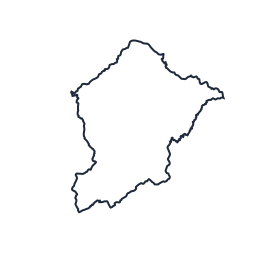 Chiang Muan, Phayao, Thailand, rotated 137°
{"feature_id": "78962969B85526805551383", "entity_name": "Chiang Muan", "entity_type": "district", "adm_level": 2, "iso_a3": "THA", "parent_name": "Thailand", "parent_adm1": "Phayao", "projection": "mercator", "projection_center": [100.288, 18.938], "detail": "fine", "context": "isolated", "style": "outline", "palette": "slate", "viewbox_px": 256, "rotation_deg": 137, "n_neighbors": 0, "source": "geoboundaries", "source_scale": "gbopen_adm2", "svg_char_len": 5706}
<svg xmlns="http://www.w3.org/2000/svg" viewBox="0 0 256 256"><g transform="rotate(137 128 128)"><path d="M219.5,104.3L219.7,102.7L220.7,101.9L221.1,100.4L221.2,99.8L220.8,99.5L217.2,98.7L215.7,97.9L213.8,97.2L212.1,96.4L210.2,96.1L209.6,96.3L209.4,96.5L209.1,96.5L208.8,96.2L208.4,96.4L208.0,96.2L206.9,96.5L206.4,95.9L205.9,95.7L205.5,95.7L204.6,96.4L203.3,96.2L202.2,96.3L201.5,96.0L200.2,96.1L199.4,95.5L199.3,94.8L198.1,94.0L198.2,93.8L198.6,93.7L198.4,93.2L198.7,92.8L199.0,92.8L198.0,91.8L196.7,91.0L195.4,90.5L194.8,90.0L193.3,88.7L193.3,87.7L194.1,85.6L195.0,82.2L195.0,81.7L194.3,81.3L193.3,81.0L192.0,81.1L190.4,80.4L190.0,80.6L189.3,81.9L189.0,82.1L188.2,82.0L187.3,81.8L186.7,81.4L185.7,80.1L185.1,79.5L184.6,79.3L183.7,79.7L183.4,80.1L182.9,80.3L182.0,79.9L180.8,80.4L176.2,79.3L175.3,79.5L174.1,80.2L172.6,80.4L171.3,79.8L169.0,79.6L167.2,78.4L165.3,77.8L163.5,78.0L162.9,79.0L162.3,79.5L158.9,79.4L156.3,78.8L155.7,78.3L155.5,77.6L155.0,76.9L154.6,76.6L154.2,76.6L151.7,77.0L151.0,76.7L150.5,76.1L148.5,76.3L147.6,76.3L147.3,75.4L147.2,72.2L146.7,70.6L146.9,68.5L144.4,66.2L142.6,66.0L139.4,65.2L138.4,64.7L137.9,63.6L135.8,62.9L134.0,63.3L132.5,62.8L131.6,63.1L130.9,63.6L130.6,64.0L130.1,65.9L129.6,67.1L129.7,67.6L130.3,68.7L130.3,69.2L130.0,70.5L129.5,71.2L125.6,73.3L124.8,73.4L122.9,73.0L121.9,73.4L120.9,74.7L120.6,75.7L120.4,77.4L119.9,78.2L116.7,79.3L115.6,79.9L114.9,80.5L112.6,86.5L112.3,86.9L111.1,87.4L110.2,87.6L109.6,87.4L108.1,87.9L107.8,88.2L107.1,88.4L106.5,88.4L106.4,89.0L106.1,88.7L105.8,88.7L105.0,89.7L104.0,89.8L104.0,90.0L103.6,90.3L102.6,90.3L102.5,90.8L102.2,90.7L102.1,90.3L103.0,89.5L103.1,88.5L103.0,88.1L102.3,87.9L101.9,86.3L102.0,85.2L101.8,84.9L101.5,84.9L101.7,84.0L100.7,83.9L99.7,84.5L98.2,83.8L98.0,84.0L98.2,84.7L98.1,85.0L97.9,85.0L97.3,84.5L96.4,84.5L95.2,86.0L94.7,86.0L93.9,85.4L93.2,85.4L93.5,84.9L94.3,84.9L93.8,83.8L92.5,84.4L91.7,85.4L90.4,84.9L90.2,84.6L90.3,83.3L89.7,83.0L89.5,82.1L89.3,82.1L87.6,82.8L85.8,83.1L84.7,84.0L84.1,83.7L82.5,84.9L82.2,84.8L82.1,84.1L81.6,83.9L81.0,85.1L80.3,85.0L79.3,85.6L78.7,85.6L77.3,86.6L76.5,88.2L76.0,88.2L75.4,87.7L75.0,87.9L74.1,88.6L73.1,88.2L72.7,88.2L71.5,89.2L71.0,89.0L70.5,89.4L69.7,90.9L69.2,90.9L68.2,90.2L67.6,90.8L67.3,90.4L65.3,91.0L63.5,91.0L62.3,91.6L61.4,91.6L60.9,92.3L59.9,92.6L59.2,93.5L58.0,93.7L57.6,93.7L56.7,93.0L56.2,93.1L55.5,93.1L55.0,92.5L54.6,92.4L53.8,92.9L53.3,93.0L53.5,93.3L53.1,93.5L52.4,93.8L52.0,94.2L51.0,93.7L50.3,93.7L49.3,93.1L48.3,92.0L47.5,92.1L45.6,91.8L44.7,89.3L43.9,88.9L42.3,88.6L41.2,87.5L40.8,86.9L39.2,86.6L37.9,85.6L37.6,84.9L37.1,86.1L35.0,89.3L34.8,90.1L35.5,91.0L36.4,91.6L36.5,91.8L35.9,93.7L35.7,95.1L36.2,96.5L37.2,97.5L38.8,97.7L39.1,99.3L40.0,99.4L40.2,99.7L39.9,101.1L40.5,102.0L41.0,103.6L39.5,106.4L39.2,107.9L39.4,108.2L40.5,108.9L44.2,109.9L44.9,111.0L44.1,112.9L42.6,115.0L42.7,115.6L43.3,116.4L43.4,116.7L42.8,117.9L42.9,119.1L45.6,120.4L46.2,121.7L46.3,122.3L46.0,123.1L46.2,123.4L47.4,123.4L48.7,124.1L50.0,124.5L51.5,124.4L52.1,124.5L53.2,125.1L55.3,127.6L55.5,132.1L56.6,134.0L56.8,135.3L56.2,137.0L57.5,138.2L58.5,140.6L58.6,145.0L59.1,146.0L58.6,146.6L58.7,147.2L58.6,147.4L57.7,147.8L56.8,147.7L56.4,148.3L56.5,149.1L56.1,149.7L56.4,149.7L56.3,150.0L56.7,149.8L57.3,150.3L56.9,151.7L57.2,153.0L56.6,154.4L56.5,155.2L56.1,155.5L55.2,154.9L54.7,155.0L54.4,155.2L53.1,156.7L51.8,157.5L51.6,157.8L51.7,158.1L53.9,159.1L55.3,160.9L55.6,164.2L56.2,165.6L56.3,167.5L56.3,171.5L55.9,174.4L56.2,176.3L59.0,179.4L59.6,181.3L60.1,182.5L62.9,186.8L64.3,188.3L65.4,189.0L66.1,189.4L67.3,189.6L68.0,189.5L73.2,186.7L74.3,187.4L76.4,187.9L78.4,189.0L79.2,188.7L81.0,188.4L83.4,186.7L84.2,186.6L86.2,187.2L88.0,185.4L89.2,185.9L89.9,184.7L91.3,183.6L93.1,184.4L94.8,184.5L96.2,185.7L98.3,186.6L98.8,186.5L100.4,185.2L102.1,185.0L103.1,185.4L104.4,186.6L104.9,186.8L105.3,186.7L105.7,185.8L106.0,185.8L107.4,186.6L108.5,186.8L110.3,186.3L110.8,186.3L112.5,187.0L114.3,186.2L115.6,185.8L117.5,186.2L120.6,187.3L122.5,187.6L125.2,187.5L126.6,187.1L127.5,187.7L128.4,188.0L128.7,188.4L128.9,189.0L130.2,190.4L131.0,191.0L131.5,191.2L132.0,191.2L134.4,190.3L135.9,190.7L136.8,190.6L137.8,190.9L139.1,189.9L139.8,189.6L140.1,189.6L140.8,190.1L141.2,190.2L143.6,189.7L143.9,189.9L144.0,191.4L144.5,193.2L144.9,193.1L145.2,192.8L145.9,190.7L146.7,189.3L144.1,187.6L142.7,187.2L142.6,186.6L143.5,186.0L143.8,185.4L144.3,185.0L144.3,184.7L143.9,184.0L144.1,183.5L144.8,183.3L146.4,183.2L147.7,182.2L148.1,181.7L147.6,181.0L147.6,179.8L150.5,177.3L151.3,176.2L152.0,175.6L152.3,174.9L154.1,173.8L155.6,172.2L155.8,171.2L155.7,170.8L156.5,170.2L156.7,169.9L156.1,168.5L156.0,167.2L155.2,166.5L155.1,166.2L155.5,165.5L155.6,164.2L156.2,163.5L156.6,161.6L157.0,160.7L158.3,160.0L159.0,159.4L159.7,158.2L161.1,156.5L164.2,154.1L165.8,152.1L166.2,150.5L167.0,149.9L166.9,148.8L166.9,146.4L167.6,142.9L167.8,142.6L168.4,142.3L168.5,142.1L168.3,141.0L168.5,140.0L168.2,138.5L168.3,137.4L167.9,136.6L168.1,135.5L168.2,134.2L168.5,133.5L169.5,132.9L169.8,132.2L170.8,132.1L171.2,131.7L171.7,130.9L172.9,130.7L173.8,130.1L174.6,130.0L175.5,129.2L175.8,128.5L175.9,127.5L174.7,125.8L174.6,125.3L174.8,124.8L175.4,124.6L179.9,124.5L182.6,123.5L183.5,122.9L183.8,123.0L184.7,124.3L185.0,124.5L185.9,124.5L188.0,124.0L188.7,124.4L190.0,124.5L191.9,125.0L192.6,125.5L196.4,129.5L197.0,129.7L197.7,129.7L198.4,129.1L198.8,127.5L199.3,126.5L199.7,125.9L202.5,124.6L205.2,123.7L206.9,122.5L208.6,122.4L209.6,122.2L210.7,121.3L211.0,120.8L210.9,120.2L209.9,117.4L210.4,114.2L210.8,114.0L212.0,114.0L212.9,113.3L213.9,113.1L214.1,112.8L214.4,112.3L214.7,110.7L215.0,110.3L216.7,109.0L218.1,108.4L218.6,107.7L219.5,104.3Z" fill="none" stroke="#1e293b" stroke-width="2"/></g></svg>